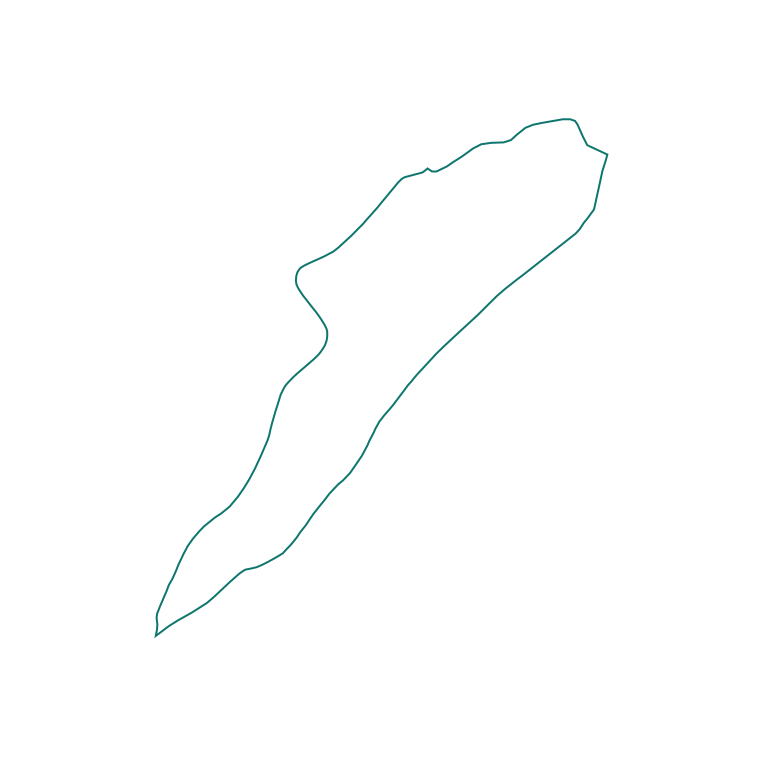 Tan Phu Dong, Vietnam, rotated 287°
{"feature_id": "81297802B25768458282790", "entity_name": "Tan Phu Dong", "entity_type": "district", "adm_level": 2, "iso_a3": "VNM", "parent_name": "Vietnam", "parent_adm1": "", "projection": "equal_earth", "projection_center": [106.637, 10.249], "detail": "fine", "context": "isolated", "style": "outline", "palette": "teal", "viewbox_px": 768, "rotation_deg": 287, "n_neighbors": 0, "source": "geoboundaries", "source_scale": "gbopen_adm2", "svg_char_len": 2458}
<svg xmlns="http://www.w3.org/2000/svg" viewBox="0 0 768 768"><g transform="rotate(287 384 384)"><path d="M668.7,530.5L671.8,508.6L678.6,502.0L688.4,493.5L691.4,489.9L691.6,484.7L689.5,477.7L679.8,458.6L675.6,450.9L670.4,444.4L661.5,438.3L654.3,434.0L650.0,427.7L646.0,416.1L641.7,406.9L635.4,400.4L623.9,391.7L616.0,384.9L610.5,380.6L602.6,372.1L601.3,367.8L602.8,362.6L600.8,361.3L597.8,359.2L596.8,357.8L590.9,348.3L588.0,343.6L586.5,342.0L585.0,340.8L580.4,338.4L567.2,332.9L565.2,332.1L557.9,329.0L550.7,326.1L535.1,318.9L530.5,316.9L527.0,315.0L516.3,309.4L500.8,300.3L495.8,296.8L493.6,294.6L488.0,288.9L478.1,277.6L474.5,273.7L470.8,270.3L468.5,269.3L465.4,268.5L461.3,268.6L456.9,269.6L453.4,271.3L450.1,274.4L444.9,280.7L435.9,293.6L433.3,297.5L429.0,303.2L423.5,309.6L420.1,312.8L418.3,313.9L417.4,314.4L414.0,315.5L411.8,316.0L408.7,316.4L405.3,316.3L403.3,316.1L400.0,315.3L396.0,314.0L392.8,312.7L386.8,309.4L384.0,307.6L381.4,306.0L369.1,298.2L364.4,295.4L357.1,291.7L353.6,290.2L350.3,289.4L343.5,288.3L343.4,288.3L331.5,288.3L326.3,288.2L313.6,288.4L311.7,288.5L308.9,288.6L301.2,289.2L295.7,289.1L292.3,288.7L277.9,287.1L273.1,286.4L272.4,286.3L265.2,285.3L253.0,282.9L243.4,280.4L233.6,277.3L221.6,272.2L212.8,266.3L206.9,261.4L205.5,260.4L195.2,253.5L189.3,250.5L180.4,246.6L171.7,243.7L163.0,242.0L150.6,240.2L144.3,239.7L135.6,238.6L128.8,237.0L122.4,236.6L105.9,234.8L98.0,234.2L94.1,234.8L87.7,237.6L83.0,238.7L80.9,238.9L80.1,239.0L76.4,239.4L77.7,240.4L84.6,245.4L87.5,247.5L90.0,249.4L97.4,255.8L103.6,261.7L109.4,267.2L123.0,278.8L131.3,284.0L149.8,294.6L160.4,301.1L163.8,303.8L165.6,305.3L166.6,306.9L169.2,311.8L171.6,315.8L175.5,320.4L180.0,325.1L185.5,330.4L190.5,335.0L192.6,336.8L197.1,338.9L202.8,341.8L204.6,342.6L211.9,345.5L218.0,347.3L226.3,350.6L232.8,352.5L238.6,354.3L247.6,357.8L256.7,361.5L263.3,363.9L274.4,369.4L279.9,373.0L289.1,377.6L296.3,379.9L303.0,382.0L308.7,383.8L310.8,384.2L319.8,386.0L325.8,386.7L334.8,388.4L338.5,388.8L346.8,390.6L353.9,393.3L360.8,396.4L366.9,399.0L376.6,402.5L383.4,405.0L389.7,407.2L393.9,409.2L399.4,411.4L403.5,413.2L409.4,416.1L427.9,425.0L437.6,430.3L449.4,437.1L455.1,440.4L465.0,446.2L477.8,453.7L491.7,461.1L501.3,466.3L510.4,472.0L517.7,477.1L519.2,478.1L521.9,480.0L524.4,481.8L526.6,483.4L528.4,484.7L583.9,523.3L589.3,525.9L596.4,527.9L601.7,530.1L612.3,533.8L637.2,531.8L651.3,530.6L663.3,530.7L668.7,530.5Z" fill="none" stroke="#0f766e" stroke-width="2"/></g></svg>